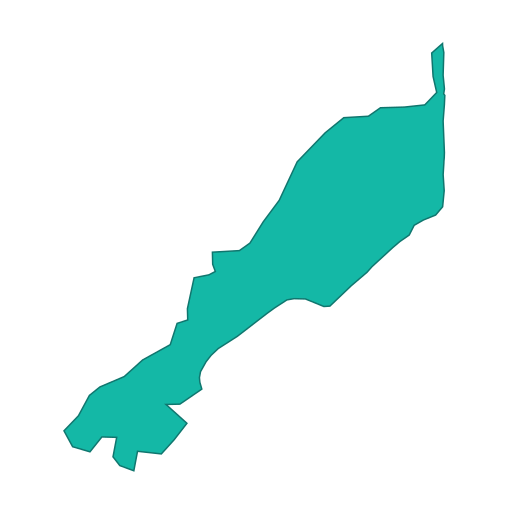 the district of Khojeyli, Karakalpakstan, Uzbekistan, rotated 272°
{"feature_id": "79887680B45163084066424", "entity_name": "Khojeyli", "entity_type": "district", "adm_level": 2, "iso_a3": "UZB", "parent_name": "Uzbekistan", "parent_adm1": "Karakalpakstan", "projection": "albers", "projection_center": [59.321, 42.473], "detail": "fine", "context": "isolated", "style": "filled", "palette": "teal", "viewbox_px": 512, "rotation_deg": 272, "n_neighbors": 0, "source": "geoboundaries", "source_scale": "gbopen_adm2", "svg_char_len": 1160}
<svg xmlns="http://www.w3.org/2000/svg" viewBox="0 0 512 512"><g transform="rotate(272 256 256)"><path d="M41.8,127.2L37.1,141.4L56.7,144.4L54.9,168.3L69.5,180.6L86.4,192.8L104.5,171.2L105.3,185.1L121.1,206.5L127.8,204.3L132.5,203.7L138.5,204.6L148.6,209.8L155.2,214.6L162.2,221.5L175.2,240.3L199.0,269.0L204.7,276.3L213.2,288.4L214.7,295.5L214.8,306.9L207.9,325.6L208.5,331.6L229.6,352.2L243.6,367.5L249.4,372.3L268.4,391.6L269.2,392.4L275.5,399.3L282.3,408.4L292.2,413.0L297.9,422.2L303.2,434.1L311.7,440.8L327.8,441.8L343.8,440.2L355.2,440.5L357.3,440.5L360.7,440.7L365.9,440.7L397.4,438.3L413.8,439.0L423.1,439.1L424.6,437.9L429.5,438.5L443.2,436.7L465.9,436.6L472.5,435.2L474.9,435.0L465.0,424.5L441.6,426.7L425.7,430.9L412.9,419.4L410.0,399.0L408.5,375.2L399.6,363.4L397.3,338.9L381.6,320.9L351.6,293.9L312.5,277.3L290.5,262.1L268.7,249.5L260.8,239.2L258.3,212.3L246.2,213.0L239.1,215.9L235.5,209.5L232.1,194.9L201.0,189.3L189.7,190.0L185.9,179.5L164.4,173.4L148.2,146.4L130.9,128.5L119.7,104.6L110.9,94.4L90.1,84.1L74.6,70.2L59.0,79.4L54.5,96.9L69.8,108.3L69.9,123.1L50.3,120.1L41.8,127.2Z" fill="#14b8a6" stroke="#0f766e" stroke-width="1.5"/></g></svg>